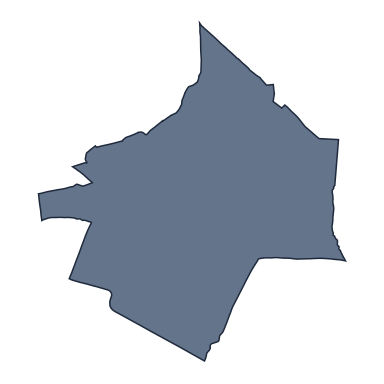 outline of Tocatlán, Tlaxcala, Mexico
{"feature_id": "50627088B10833441398777", "entity_name": "Tocatlán", "entity_type": "district", "adm_level": 2, "iso_a3": "MEX", "parent_name": "Mexico", "parent_adm1": "Tlaxcala", "projection": "mercator", "projection_center": [-98.02, 19.391], "detail": "fine", "context": "isolated", "style": "filled", "palette": "slate", "viewbox_px": 384, "rotation_deg": 0, "n_neighbors": 0, "source": "geoboundaries", "source_scale": "gbopen_adm2", "svg_char_len": 4577}
<svg xmlns="http://www.w3.org/2000/svg" viewBox="0 0 384 384"><path d="M338.5,139.6L319.0,138.6L305.0,126.5L302.2,123.0L299.6,119.7L297.3,116.9L294.2,113.9L291.5,111.4L288.8,108.6L287.1,106.9L284.8,105.0L281.8,108.1L273.1,101.5L273.3,100.4L274.4,93.2L274.2,92.8L274.1,92.2L273.3,84.5L268.7,85.0L266.4,85.1L261.0,79.0L260.2,77.8L255.8,74.9L254.0,73.4L249.6,69.9L248.7,68.5L244.0,64.2L243.0,63.5L238.1,58.7L237.5,58.6L232.4,53.8L226.8,48.9L226.2,48.1L221.6,44.2L215.5,38.3L204.1,28.1L201.3,25.5L199.6,23.0L200.0,28.2L199.9,31.9L200.5,36.5L200.7,49.0L201.0,55.0L201.3,59.8L200.9,72.3L200.1,73.9L199.1,75.4L198.8,76.2L198.8,77.2L198.6,78.6L197.6,81.5L197.1,82.3L196.4,82.7L194.2,84.5L192.3,85.5L189.8,86.3L188.7,86.8L187.9,87.7L186.8,89.4L184.8,93.0L184.4,94.5L181.9,100.8L181.9,101.6L181.8,103.0L181.6,104.3L181.3,105.2L180.6,106.3L179.4,108.8L178.1,110.7L176.7,112.3L176.0,113.1L175.2,113.4L173.5,114.2L171.3,115.2L169.2,116.6L162.9,121.1L162.7,120.7L158.9,123.8L154.8,127.1L153.2,128.3L152.0,129.2L150.4,130.4L148.8,132.3L146.8,134.4L146.0,134.7L145.6,134.6L143.3,132.8L142.7,132.5L142.0,132.3L141.1,132.1L140.3,132.1L137.9,132.4L137.5,132.9L136.8,133.2L135.5,133.7L134.5,134.2L132.9,134.9L131.9,135.3L130.3,135.9L128.7,136.5L126.6,137.2L126.3,137.4L125.5,137.8L123.1,139.8L122.6,140.4L122.6,140.9L118.6,141.9L117.3,142.3L116.2,142.6L109.7,144.2L107.1,144.8L105.6,145.1L103.3,145.6L102.0,145.9L98.7,146.7L96.6,147.2L96.2,146.9L95.4,145.9L93.2,147.6L90.8,149.4L86.6,153.0L86.4,153.6L86.3,153.9L86.1,154.8L85.7,156.9L85.4,158.4L85.3,159.1L85.7,160.5L86.5,162.0L86.8,162.7L86.2,162.7L85.7,162.8L84.5,162.9L72.6,166.7L78.8,171.1L80.3,172.1L82.1,173.6L83.9,175.0L85.9,176.9L86.9,177.8L87.2,178.1L88.5,179.3L91.2,181.6L92.4,182.7L90.3,183.5L86.9,184.8L85.3,185.4L83.0,186.1L82.2,186.1L81.9,185.9L77.3,184.3L76.7,184.2L76.3,184.4L73.6,186.3L73.3,186.5L72.8,186.6L72.2,186.7L71.7,186.8L71.1,186.8L70.5,187.0L69.9,187.1L68.3,187.6L66.1,188.2L64.1,188.7L61.4,189.2L61.0,189.2L59.3,189.5L56.8,189.9L54.3,190.4L51.6,190.9L47.4,191.7L43.5,192.7L41.6,193.2L38.5,193.8L38.6,194.1L38.7,195.7L38.9,196.8L39.0,198.3L39.1,199.3L39.4,202.0L39.8,204.9L40.6,210.2L41.1,215.4L41.6,218.8L41.7,219.4L41.7,219.9L41.7,220.1L41.8,220.6L42.9,219.9L47.9,218.2L49.4,217.8L52.0,217.5L53.3,217.5L55.4,217.5L58.5,217.4L60.5,217.4L62.5,217.4L64.2,217.6L65.6,217.5L67.5,217.4L68.6,217.5L70.7,217.6L72.9,217.8L74.5,218.0L75.7,218.6L76.7,219.0L79.2,218.8L80.4,219.0L81.4,219.7L82.5,220.4L83.5,220.3L84.4,220.2L85.7,220.5L86.9,220.9L88.8,221.6L89.9,221.9L91.3,222.4L91.3,222.7L91.2,223.1L91.0,223.7L89.9,225.7L88.7,228.3L87.7,230.4L85.4,236.0L84.1,239.6L81.4,246.8L79.3,252.6L76.4,260.2L75.9,261.5L75.3,263.2L74.0,266.6L72.8,269.7L71.8,272.5L69.2,278.7L71.2,279.7L73.7,280.5L80.5,282.5L83.2,283.1L87.0,284.1L87.9,284.3L94.2,286.1L96.7,286.7L103.3,288.6L108.3,290.1L108.9,290.4L109.9,291.1L110.4,291.6L111.4,293.1L111.7,294.9L111.5,296.3L111.0,297.4L110.5,299.1L109.9,301.2L109.8,303.0L109.9,304.6L110.0,305.9L110.4,306.8L111.3,308.5L113.1,310.3L114.9,311.5L117.7,313.0L126.1,317.6L133.5,321.7L142.8,326.8L151.2,331.5L178.7,346.5L204.5,361.0L205.7,358.2L206.3,355.8L206.6,354.1L207.0,352.8L207.7,352.0L208.6,351.0L209.3,350.3L209.8,349.4L210.2,348.4L210.2,345.4L210.6,344.7L211.1,344.0L212.5,343.4L214.5,342.8L216.2,342.2L217.9,341.6L218.7,340.8L219.1,339.9L219.3,338.1L219.5,336.4L219.8,335.4L221.2,334.0L222.2,332.9L223.0,331.7L223.7,330.2L226.9,322.2L229.2,315.9L230.7,312.1L232.0,308.4L233.0,306.1L234.8,302.7L237.9,296.7L246.7,279.4L250.7,271.8L252.9,268.0L255.5,263.9L257.5,260.7L258.0,259.6L258.8,258.8L259.8,258.6L261.9,258.2L264.9,257.9L267.7,257.8L271.2,257.9L274.0,257.7L275.3,257.6L277.0,257.6L279.5,257.8L283.4,258.1L286.3,258.1L289.3,258.2L291.6,258.5L293.8,258.8L296.6,259.1L299.3,259.0L303.3,258.9L310.7,258.7L314.4,258.5L319.3,258.3L323.4,258.4L326.6,258.6L330.9,258.9L335.0,259.4L340.5,259.9L344.3,260.6L345.5,260.9L344.3,258.6L343.0,256.3L341.7,253.7L340.6,251.4L340.5,250.6L339.8,250.0L339.1,249.2L338.9,248.7L338.9,248.3L339.0,247.5L339.1,246.8L338.9,246.4L338.5,246.0L337.9,245.6L337.4,245.1L337.3,244.4L337.4,243.5L337.4,242.5L337.5,241.6L337.4,240.5L337.3,240.2L336.9,239.7L336.5,239.4L336.0,239.1L335.3,237.9L334.9,237.2L334.5,236.0L333.4,235.6L333.1,234.7L333.3,233.0L332.6,231.3L332.3,229.7L331.9,226.4L332.3,224.7L332.8,220.8L332.9,217.0L333.4,212.7L333.8,208.7L333.5,205.7L333.1,204.1L332.8,201.9L333.0,199.0L332.8,195.8L332.2,191.8L332.1,190.7L332.6,189.8L333.2,189.2L333.5,188.7L333.7,188.0L333.6,187.0L334.8,185.4L338.5,139.6Z" fill="#64748b" stroke="#1e293b" stroke-width="1.5"/></svg>